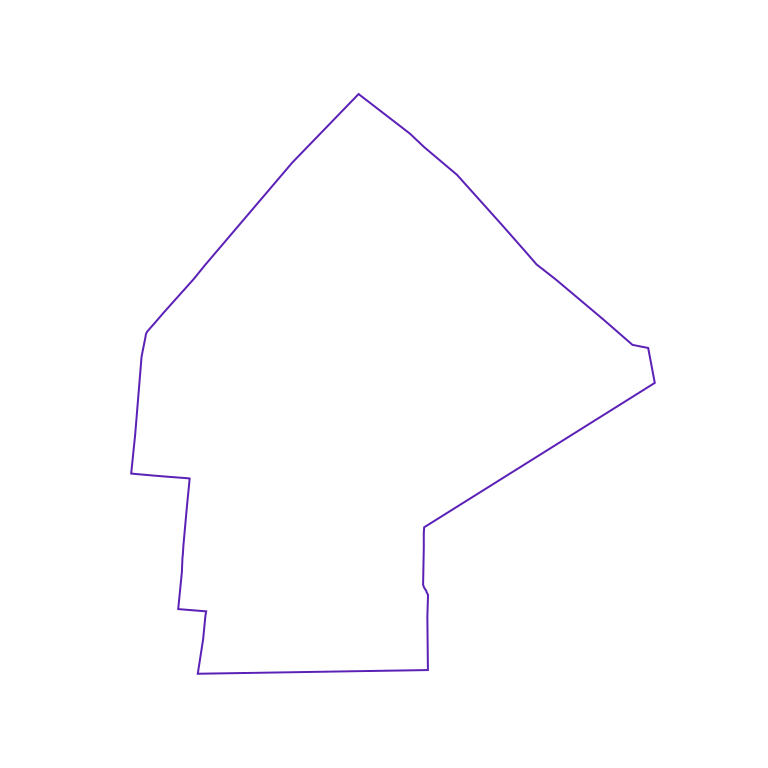 Al-Zohour, Egypt (orthographic projection), rotated 168°
{"feature_id": "37247803B87412130883557", "entity_name": "Al-Zohour", "entity_type": "district", "adm_level": 2, "iso_a3": "EGY", "parent_name": "Egypt", "parent_adm1": "", "projection": "orthographic", "projection_center": [32.271, 31.265], "detail": "fine", "context": "isolated", "style": "outline", "palette": "violet", "viewbox_px": 768, "rotation_deg": 168, "n_neighbors": 0, "source": "geoboundaries", "source_scale": "gbopen_adm2", "svg_char_len": 969}
<svg xmlns="http://www.w3.org/2000/svg" viewBox="0 0 768 768"><g transform="rotate(168 384 384)"><path d="M548.2,526.3L570.1,510.3L585.0,499.4L594.8,491.9L604.9,484.4L605.6,483.4L606.4,482.5L607.9,478.7L612.7,467.6L615.5,461.0L637.9,386.3L649.9,349.0L648.3,348.5L646.6,347.9L633.8,344.0L628.7,342.4L624.3,341.1L616.0,338.6L607.8,336.2L603.4,334.9L597.9,333.3L593.8,332.0L594.8,328.5L602.2,305.3L613.8,267.7L615.8,260.5L617.1,256.3L617.5,255.1L617.8,253.8L620.9,241.8L632.1,206.6L605.2,198.6L606.0,196.6L606.8,194.6L614.0,171.9L626.4,139.3L400.5,95.1L390.1,146.8L384.8,168.5L385.2,170.3L385.4,170.7L385.6,171.4L385.6,171.8L385.7,173.0L386.4,174.7L387.0,176.2L387.3,177.8L387.5,179.5L379.0,216.1L376.2,229.4L374.5,235.5L118.9,328.8L118.1,364.3L132.8,370.6L156.2,401.7L193.9,450.1L209.9,469.2L218.2,484.2L236.1,516.0L269.1,573.4L295.5,607.4L306.6,623.5L348.6,672.9L401.0,637.6L427.5,619.8L534.9,537.1L548.2,526.3Z" fill="none" stroke="#5b21b6" stroke-width="2"/></g></svg>